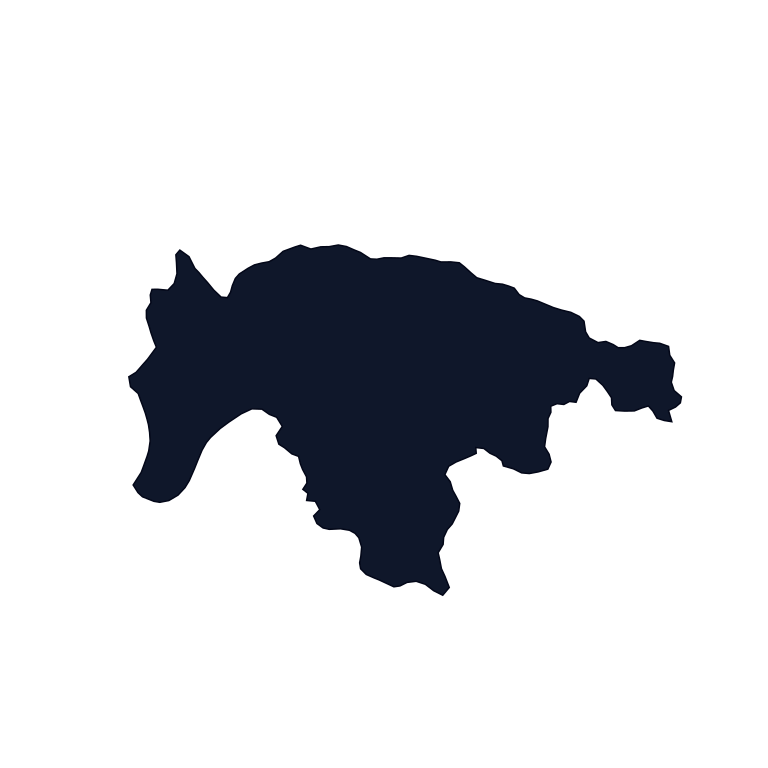 Santos, São Paulo, Brazil, rotated 62°
{"feature_id": "56859067B16208795434371", "entity_name": "Santos", "entity_type": "district", "adm_level": 2, "iso_a3": "BRA", "parent_name": "Brazil", "parent_adm1": "São Paulo", "projection": "albers", "projection_center": [-46.282, -23.865], "detail": "fine", "context": "isolated", "style": "filled", "palette": "ink", "viewbox_px": 768, "rotation_deg": 62, "n_neighbors": 0, "source": "geoboundaries", "source_scale": "gbopen_adm2", "svg_char_len": 2978}
<svg xmlns="http://www.w3.org/2000/svg" viewBox="0 0 768 768"><g transform="rotate(62 384 384)"><path d="M552.4,147.6L540.9,145.2L541.2,137.4L539.8,131.2L535.0,127.4L526.0,130.9L517.3,129.5L512.8,125.6L507.7,122.1L501.8,117.5L492.8,118.2L484.4,115.1L477.5,121.4L474.1,126.6L469.4,132.8L465.5,137.7L466.4,147.5L464.9,154.5L461.9,160.2L456.8,163.1L450.6,168.1L447.9,175.6L439.7,181.2L432.6,181.5L422.4,177.9L416.1,179.8L408.4,185.4L402.1,192.5L396.1,198.5L389.3,204.1L382.6,209.6L378.2,214.2L374.0,219.4L368.5,222.7L360.5,224.0L356.0,228.0L351.5,232.5L347.4,238.7L340.2,245.7L333.7,252.2L326.4,255.1L318.3,258.0L312.3,260.6L307.6,267.6L303.0,276.4L298.8,280.6L293.6,286.8L286.6,295.2L282.2,301.5L280.9,309.6L276.7,317.1L272.6,324.7L270.5,331.7L267.2,337.2L256.8,343.0L251.7,347.3L245.0,352.6L239.8,359.1L237.0,367.9L233.2,375.4L230.5,385.2L222.3,392.5L221.2,398.3L219.5,410.8L221.9,420.6L222.1,428.0L219.7,435.5L218.0,442.5L218.0,449.7L218.9,460.1L221.0,465.7L226.0,471.8L230.9,476.4L234.2,481.7L230.8,487.0L221.2,490.2L211.4,492.2L204.5,493.9L198.7,495.1L193.2,496.7L180.0,496.4L169.9,501.4L172.2,507.1L179.7,510.4L189.4,515.0L196.8,522.1L199.7,530.8L194.2,539.2L191.5,544.4L195.7,548.6L202.8,551.6L207.3,559.2L214.2,562.8L223.2,564.4L229.4,565.7L237.7,567.0L244.7,567.7L251.2,581.3L253.7,588.0L257.3,597.4L257.8,605.9L267.4,609.1L277.0,605.5L283.8,606.5L290.7,607.4L297.6,608.4L303.7,609.7L309.4,611.1L316.7,613.7L324.5,617.2L332.7,623.2L336.7,627.2L343.5,634.7L348.1,639.9L351.3,645.6L355.4,652.9L364.4,652.2L370.2,650.2L379.6,642.2L383.2,637.5L385.9,628.7L385.4,618.0L382.1,608.4L377.9,601.3L369.8,591.1L363.8,584.0L357.0,575.7L352.3,568.3L349.8,562.3L346.4,549.6L344.8,538.9L343.3,524.1L343.9,512.3L348.9,503.6L357.0,499.5L363.0,494.4L373.7,493.7L379.0,503.5L387.8,505.1L393.5,501.8L402.4,498.2L407.8,493.4L415.2,495.3L421.2,496.0L429.6,496.0L435.3,498.6L438.9,505.1L444.8,502.5L450.5,507.0L455.3,499.7L464.8,499.7L467.5,508.1L475.7,508.7L482.5,505.4L486.6,500.6L491.4,490.4L496.9,483.2L502.2,479.7L507.9,478.4L517.5,480.3L525.2,485.3L530.5,489.5L536.2,491.4L543.8,489.1L550.3,484.0L554.7,480.3L567.7,470.5L569.8,464.7L570.0,456.8L573.3,448.2L580.3,441.5L589.8,437.2L598.1,431.3L594.3,421.9L582.6,420.5L574.0,420.0L565.3,417.3L558.4,415.4L553.4,407.1L547.4,403.3L542.2,396.4L539.6,389.5L535.7,383.9L531.3,377.7L525.0,373.2L516.9,373.1L510.1,373.2L501.3,371.4L492.6,372.8L487.0,365.5L486.7,357.0L487.6,348.2L488.2,341.1L488.5,335.1L483.2,332.8L487.8,326.1L494.8,323.0L500.4,318.8L507.1,315.9L512.4,317.1L519.6,309.6L527.1,304.2L531.3,297.7L534.0,289.1L536.1,279.3L531.3,273.1L523.5,271.2L514.8,271.7L508.0,266.8L498.7,259.3L491.5,255.4L487.3,249.9L481.9,247.2L482.6,240.5L486.5,234.8L486.5,228.4L490.3,223.0L484.0,215.6L480.8,205.8L475.4,200.2L479.0,194.6L487.9,191.4L495.7,190.3L502.9,189.6L509.4,192.6L516.1,192.1L520.9,184.2L525.3,175.6L526.2,167.7L527.5,160.9L534.1,159.3L542.4,159.0L547.8,153.7L552.4,147.6Z" fill="#0f172a" stroke="#020617" stroke-width="1.5"/></g></svg>